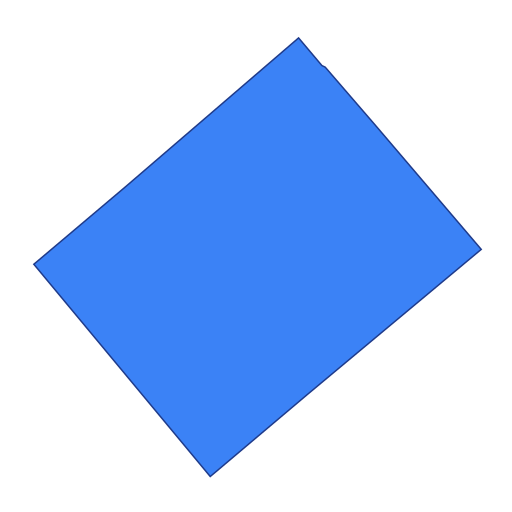 Adair, Missouri, United States of America (Albers equal-area conic projection), rotated 320°
{"feature_id": "52423323B5139201807141", "entity_name": "Adair", "entity_type": "district", "adm_level": 2, "iso_a3": "USA", "parent_name": "United States of America", "parent_adm1": "Missouri", "projection": "albers", "projection_center": [-92.557, 40.192], "detail": "fine", "context": "isolated", "style": "filled", "palette": "blue", "viewbox_px": 512, "rotation_deg": 320, "n_neighbors": 0, "source": "geoboundaries", "source_scale": "gbopen_adm2", "svg_char_len": 312}
<svg xmlns="http://www.w3.org/2000/svg" viewBox="0 0 512 512"><g transform="rotate(320 256 256)"><path d="M432.8,395.7L431.5,234.3L430.4,155.8L428.9,152.5L428.8,116.3L198.6,119.1L196.7,119.1L80.5,119.5L79.2,395.5L85.2,395.5L205.5,395.1L432.8,395.7Z" fill="#3b82f6" stroke="#1e3a8a" stroke-width="1.5"/></g></svg>